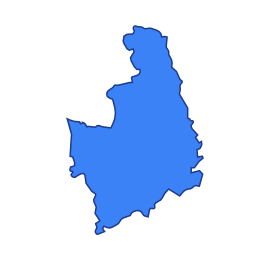 an SVG outline of Zamora, rotated 64°
{"feature_id": "ESP-5852", "entity_name": "Zamora", "entity_type": "Autonomous Community", "adm_level": 1, "iso_a3": "ESP", "parent_name": "Spain", "parent_adm1": "", "projection": "mercator", "projection_center": [-6.097, 41.685], "detail": "fine", "context": "isolated", "style": "filled", "palette": "blue", "viewbox_px": 256, "rotation_deg": 64, "n_neighbors": 0, "source": "natural_earth", "source_scale": "10m", "svg_char_len": 2907}
<svg xmlns="http://www.w3.org/2000/svg" viewBox="0 0 256 256"><g transform="rotate(64 128 128)"><path d="M93.1,178.6L95.0,177.1L98.2,173.8L101.3,168.8L101.7,168.7L102.9,168.9L103.3,168.8L103.5,168.0L103.6,167.0L103.6,166.2L103.3,166.2L104.5,165.1L105.9,164.6L109.0,164.4L109.0,163.2L112.8,157.2L112.8,156.3L112.5,155.4L112.5,154.4L113.1,153.1L115.7,150.4L120.4,143.4L119.4,142.1L118.0,140.2L113.8,135.8L109.4,132.9L104.6,131.1L96.6,129.4L95.2,129.4L94.5,130.0L93.9,130.8L92.5,131.7L91.1,132.5L90.0,132.8L87.3,131.7L85.9,129.6L85.4,127.0L85.1,124.6L84.7,123.3L84.0,122.2L83.7,121.0L84.3,119.8L85.0,118.7L85.4,117.4L87.8,106.6L89.0,104.1L86.4,103.3L84.7,103.0L83.9,102.1L84.7,96.4L84.3,94.2L83.0,92.6L80.6,91.6L79.2,94.4L75.9,95.4L68.9,95.7L65.9,94.9L62.3,89.3L59.3,88.7L58.7,92.7L56.4,94.1L50.2,94.6L47.5,94.1L45.1,92.2L43.7,91.5L43.8,90.0L43.3,88.8L43.4,88.0L43.7,87.0L45.5,82.8L45.4,82.2L45.3,81.8L44.2,80.2L43.6,79.8L41.6,79.8L40.8,79.6L40.1,79.1L39.5,78.4L39.3,77.5L39.6,76.5L40.9,75.2L43.3,71.4L44.1,70.7L44.9,70.4L45.7,69.8L46.4,69.0L47.5,65.5L47.9,64.6L48.7,63.4L52.1,60.0L53.6,58.7L55.2,57.7L57.4,57.2L58.8,57.2L60.7,57.8L61.2,57.6L61.5,55.9L61.8,54.9L63.4,53.0L71.1,57.7L72.6,58.2L76.2,57.8L77.1,57.9L79.9,59.2L85.7,59.0L89.0,59.9L92.3,62.1L98.5,59.7L107.2,60.0L109.1,59.0L109.9,58.9L110.9,59.7L112.0,61.9L113.1,62.9L116.6,64.3L119.5,66.6L120.6,66.9L136.2,65.6L145.0,69.9L145.6,69.8L146.8,68.7L147.3,68.5L148.5,68.5L149.0,68.3L149.4,67.9L149.8,66.9L150.2,66.5L151.2,66.6L152.1,67.7L153.5,70.4L156.6,70.8L164.8,68.4L166.0,71.5L172.5,70.6L172.3,67.9L174.6,68.7L175.8,69.5L177.6,71.8L177.9,72.3L178.0,73.0L177.7,75.5L184.7,78.2L185.9,73.6L187.9,73.7L189.2,78.9L192.8,85.7L191.5,88.6L196.0,90.9L197.7,82.5L202.2,81.1L211.6,89.4L209.3,92.5L209.2,94.0L210.0,97.0L210.0,98.6L209.2,100.8L208.9,103.7L209.5,106.3L211.7,111.3L200.7,118.2L202.9,123.7L206.0,128.1L207.0,130.2L207.4,135.4L208.3,137.6L211.4,138.9L211.8,139.8L211.4,141.0L210.7,142.0L210.2,143.1L210.7,144.4L216.7,148.9L214.2,151.7L213.2,152.2L209.1,152.9L207.8,153.7L206.6,155.2L205.9,157.1L205.6,159.3L205.8,161.5L206.4,162.9L207.1,163.6L207.6,164.3L206.8,171.4L206.9,173.2L207.4,174.7L209.5,178.2L209.9,179.9L210.2,185.1L210.0,187.7L208.9,189.7L205.7,192.8L207.2,195.0L210.8,194.4L210.3,201.1L210.1,202.0L209.6,202.6L208.7,202.9L207.7,203.0L206.8,202.8L206.0,202.3L204.2,199.9L203.5,199.4L200.1,199.1L199.7,198.9L199.1,194.0L190.3,195.0L185.1,191.2L179.0,190.9L177.1,189.9L174.1,186.3L172.9,186.1L169.1,188.3L159.3,189.9L151.6,187.4L149.7,187.7L148.8,189.2L148.5,191.4L148.7,194.6L149.0,196.2L149.1,197.0L148.5,198.4L147.3,199.4L145.9,199.8L144.7,199.3L144.3,198.6L144.0,197.6L143.7,196.9L143.0,196.8L142.6,197.1L141.5,198.6L140.7,198.7L139.9,198.4L137.9,196.7L137.9,196.2L138.4,194.5L138.4,193.4L138.1,192.6L137.6,192.0L135.1,191.0L129.9,190.4L128.0,192.4L108.9,181.5L93.1,178.6Z" fill="#3b82f6" stroke="#1e3a8a" stroke-width="1.5"/></g></svg>